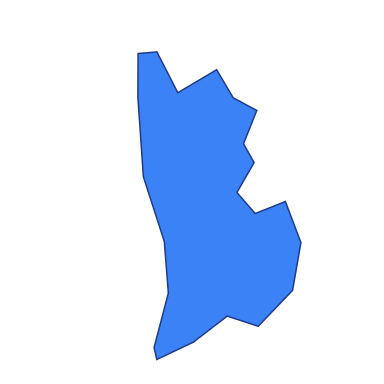 SVG path tracing the border of Lobatse, rotated 341°
{"feature_id": "BWA-5503", "entity_name": "Lobatse", "entity_type": "Town", "adm_level": 1, "iso_a3": "BWA", "parent_name": "Botswana", "parent_adm1": "", "projection": "robinson", "projection_center": [25.686, -25.205], "detail": "fine", "context": "isolated", "style": "filled", "palette": "blue", "viewbox_px": 384, "rotation_deg": 341, "n_neighbors": 0, "source": "natural_earth", "source_scale": "10m", "svg_char_len": 441}
<svg xmlns="http://www.w3.org/2000/svg" viewBox="0 0 384 384"><g transform="rotate(341 192 192)"><path d="M186.1,43.5L204.4,48.1L210.9,93.5L255.1,84.4L261.6,116.3L279.8,136.0L256.4,163.2L260.3,184.4L234.3,207.1L244.7,232.9L277.2,231.4L278.5,275.3L255.1,317.7L210.9,340.5L184.8,320.8L144.5,334.4L104.2,338.9L105.5,326.8L136.7,279.9L149.7,229.9L151.0,161.7L171.8,84.4L186.1,43.5Z" fill="#3b82f6" stroke="#1e3a8a" stroke-width="1.5"/></g></svg>